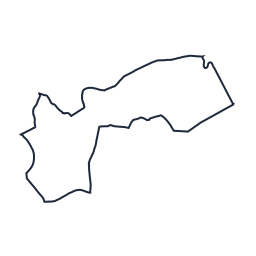 the district of Kaffrine, Kaffrine, Senegal, rotated 85°
{"feature_id": "50182788B43046627101076", "entity_name": "Kaffrine", "entity_type": "district", "adm_level": 2, "iso_a3": "SEN", "parent_name": "Senegal", "parent_adm1": "Kaffrine", "projection": "robinson", "projection_center": [-15.471, 14.163], "detail": "fine", "context": "isolated", "style": "outline", "palette": "slate", "viewbox_px": 256, "rotation_deg": 85, "n_neighbors": 0, "source": "geoboundaries", "source_scale": "gbopen_adm2", "svg_char_len": 5771}
<svg xmlns="http://www.w3.org/2000/svg" viewBox="0 0 256 256"><g transform="rotate(85 128 128)"><path d="M85.8,213.3L86.1,213.5L86.2,213.3L86.8,212.8L87.9,212.8L88.9,213.1L90.8,214.0L91.4,214.6L92.4,215.1L93.5,215.6L94.5,216.0L95.2,216.4L96.8,217.2L97.8,218.1L98.2,218.6L99.0,219.3L99.5,219.5L99.8,219.9L100.3,220.2L101.1,220.6L101.6,220.7L102.7,221.0L103.9,221.1L104.5,221.1L105.2,221.1L105.8,221.0L106.4,221.1L107.1,220.9L107.9,220.4L108.4,220.4L108.8,220.4L110.0,220.2L111.4,220.1L112.4,220.2L113.8,220.5L114.5,220.6L115.4,220.5L116.0,220.5L116.6,220.4L117.9,220.3L118.5,220.3L119.0,220.4L119.4,220.8L119.6,221.2L119.7,222.0L120.1,222.6L120.2,223.1L120.4,223.5L120.8,224.5L121.2,225.4L121.5,226.3L121.8,226.7L122.4,228.6L122.8,229.2L123.3,230.6L124.0,232.2L124.2,233.0L124.4,233.3L124.5,233.8L125.2,235.2L125.6,234.3L126.1,233.7L127.4,232.8L128.0,232.5L128.5,231.9L131.0,229.8L134.5,227.9L135.7,227.3L136.8,226.8L137.3,226.5L139.3,225.8L141.4,224.8L142.7,224.5L143.5,224.4L144.6,224.2L146.3,224.0L147.5,224.1L149.0,224.2L150.9,224.4L154.5,225.3L156.7,226.3L158.1,227.3L159.8,228.6L161.1,229.9L163.6,232.5L164.1,233.2L169.5,233.1L176.7,228.1L178.4,226.9L180.6,225.4L184.0,223.2L186.6,221.4L187.5,220.6L189.4,219.4L190.2,218.8L191.4,218.3L193.0,218.0L194.3,217.6L194.3,215.3L194.6,211.2L194.6,209.2L194.3,207.1L192.6,202.3L191.7,200.5L188.8,194.1L187.9,192.5L187.3,190.5L186.8,189.0L186.5,188.4L185.9,186.6L185.7,186.0L185.6,185.1L185.4,183.7L185.4,182.6L185.4,181.3L185.5,180.6L186.3,178.4L186.8,177.3L187.4,176.2L187.9,174.9L188.3,174.1L188.6,173.5L188.8,172.9L189.1,172.0L189.1,171.2L187.8,171.2L187.5,171.2L186.8,170.9L185.5,170.8L185.2,170.7L184.5,170.5L183.9,170.6L183.3,170.4L182.4,170.2L181.8,170.3L181.4,170.2L180.5,170.1L179.9,170.2L179.7,170.1L179.2,170.1L178.8,170.2L178.1,170.2L177.1,170.1L176.2,170.2L175.6,170.3L173.0,170.3L172.6,170.3L171.8,170.3L171.5,170.3L171.1,170.3L170.7,170.3L170.3,170.3L169.3,170.3L168.6,170.4L168.3,170.3L167.4,170.4L167.0,170.3L166.4,170.3L166.1,170.4L165.3,170.3L164.4,170.3L163.9,170.3L163.0,170.1L162.1,170.1L161.7,170.0L161.4,170.2L161.2,170.1L160.8,170.2L160.3,170.0L160.0,169.9L159.4,170.0L158.9,169.8L158.3,169.6L158.1,169.4L157.9,169.4L157.4,169.1L156.6,168.9L156.0,168.6L155.2,168.1L154.6,167.7L153.8,167.2L153.0,166.7L152.0,166.3L151.3,165.8L150.6,165.2L150.0,164.9L149.1,164.6L148.2,164.1L147.4,163.9L146.2,163.4L145.7,163.2L145.2,163.1L144.7,162.8L144.0,162.6L142.8,161.9L140.0,161.1L139.1,160.8L138.0,160.7L137.1,160.2L136.4,160.2L135.6,159.8L134.8,159.6L130.5,158.4L129.7,158.1L128.9,157.9L128.2,157.6L127.7,157.5L126.9,157.3L126.4,157.2L125.8,156.9L124.5,156.6L124.1,155.8L124.2,151.9L124.5,147.9L123.5,145.4L125.1,141.3L126.9,130.8L128.0,127.4L122.8,124.3L120.4,122.0L119.8,117.9L118.6,114.1L119.7,111.4L121.7,108.5L121.7,106.1L120.5,105.4L119.2,99.8L118.3,93.9L120.5,91.4L123.7,88.7L128.6,85.6L134.7,82.7L136.8,68.6L129.0,55.2L113.8,21.1L113.1,20.8L113.0,21.4L76.0,36.7L75.3,37.2L74.6,37.5L73.0,38.1L72.1,38.4L71.3,38.6L70.8,38.9L70.4,39.2L70.1,39.6L69.8,40.1L70.0,41.5L70.5,42.1L71.2,42.5L72.2,42.8L74.3,43.7L74.6,44.3L74.9,44.9L75.0,45.8L74.9,46.2L74.3,46.6L73.4,47.1L72.1,47.1L70.8,46.9L70.1,46.7L69.6,46.7L68.2,46.3L67.5,46.4L67.0,46.6L66.3,46.9L65.5,47.2L64.7,47.7L63.4,47.8L63.2,47.5L63.2,48.8L63.0,50.2L62.8,50.9L62.8,51.1L62.8,52.0L62.3,54.2L62.3,55.1L61.9,56.7L61.6,58.8L61.5,59.4L61.4,60.3L61.5,61.1L61.6,61.6L61.6,62.5L61.7,63.4L61.7,64.1L61.9,66.3L62.0,67.5L62.4,69.3L62.6,70.4L62.7,72.2L62.9,72.9L63.1,73.6L63.2,74.5L63.3,75.3L63.6,77.2L63.7,78.1L63.9,78.8L63.5,83.7L63.7,84.4L63.6,85.2L63.6,85.8L63.7,86.8L63.5,88.3L63.5,89.0L63.4,90.1L63.3,92.2L63.3,93.0L63.4,93.3L64.0,95.3L64.2,96.4L64.8,98.3L65.0,99.1L65.4,100.0L65.6,100.6L66.0,101.7L66.9,104.1L67.1,104.9L67.5,105.7L67.7,106.6L68.1,107.4L68.4,108.1L68.7,109.0L68.9,109.7L69.4,110.7L69.7,111.7L70.3,113.4L70.6,114.0L71.1,115.4L71.5,116.3L72.0,117.1L72.3,118.0L72.6,118.5L72.9,119.2L73.1,119.8L73.5,120.7L73.9,121.5L74.6,123.4L74.8,124.0L75.2,124.8L75.4,125.5L76.1,127.2L76.8,128.0L77.3,128.8L77.9,129.4L78.3,129.7L78.7,130.2L79.6,131.3L80.3,132.1L82.1,133.8L82.6,134.3L83.0,134.8L83.4,135.2L83.9,135.8L84.8,137.0L85.1,137.5L85.4,138.1L85.5,139.0L85.8,140.1L86.2,141.1L86.4,142.1L87.0,143.9L87.5,145.7L87.8,146.5L88.0,147.1L88.3,147.9L88.5,148.0L88.0,150.6L87.9,151.3L87.9,151.7L87.5,152.5L87.4,152.9L87.0,154.0L86.5,155.0L85.8,157.1L85.6,157.9L85.2,159.1L84.8,160.4L84.6,163.8L84.9,165.8L85.3,167.2L86.1,168.7L86.6,169.1L86.9,169.3L87.4,169.8L87.7,170.0L88.1,170.1L88.7,170.1L88.8,170.3L89.8,170.5L90.4,170.7L91.0,170.7L91.5,170.9L91.9,171.0L92.4,171.0L92.9,171.0L93.3,171.1L93.7,171.0L94.4,171.2L94.9,171.2L95.3,171.1L96.0,171.1L96.5,171.0L97.1,170.9L98.0,170.7L98.6,170.5L98.9,170.5L99.5,170.3L100.3,169.9L100.6,170.0L101.0,169.9L101.5,170.0L102.6,169.7L103.0,169.5L103.4,169.8L104.1,170.2L104.4,170.5L104.6,170.8L104.8,171.3L105.6,173.2L105.8,173.5L106.3,174.4L106.5,174.9L106.9,175.4L107.0,175.8L107.3,176.3L107.5,176.8L107.8,177.3L108.2,177.8L108.4,178.4L108.7,178.8L109.5,180.6L109.8,181.1L110.2,181.9L110.7,182.9L111.1,183.3L110.9,183.7L110.6,184.0L110.2,184.2L108.8,185.3L108.3,185.7L108.0,186.4L107.7,187.6L107.7,188.2L108.0,189.8L107.9,189.9L107.9,190.2L107.7,190.3L107.5,190.5L107.4,190.9L107.4,191.4L107.4,191.8L107.2,192.0L106.3,192.3L105.8,192.7L104.8,194.1L104.3,194.6L103.8,195.0L101.6,196.8L99.2,198.3L98.5,199.0L98.2,199.2L98.0,199.6L97.9,200.1L97.4,201.2L97.0,201.5L96.7,201.9L96.4,202.3L96.1,202.5L95.4,202.7L94.8,203.0L94.4,203.0L93.5,203.4L92.9,203.7L92.0,204.1L91.6,204.4L91.2,204.5L90.7,204.8L90.2,205.1L89.2,205.6L88.8,206.0L88.6,206.4L88.2,207.1L88.1,207.5L88.1,207.9L87.9,208.6L87.6,209.5L87.1,210.3L87.0,210.8L86.6,211.6L86.4,212.2L86.2,212.7L85.8,213.3Z" fill="none" stroke="#1e293b" stroke-width="2"/></g></svg>